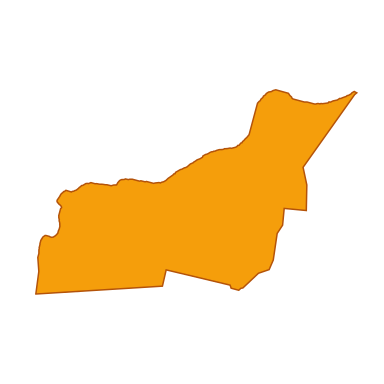 San Pablo, Heredia, Costa Rica, rotated 195°
{"feature_id": "36466004B49814687345557", "entity_name": "San Pablo", "entity_type": "district", "adm_level": 2, "iso_a3": "CRI", "parent_name": "Costa Rica", "parent_adm1": "Heredia", "projection": "orthographic", "projection_center": [-84.088, 9.992], "detail": "fine", "context": "isolated", "style": "filled", "palette": "amber", "viewbox_px": 384, "rotation_deg": 195, "n_neighbors": 0, "source": "geoboundaries", "source_scale": "gbopen_adm2", "svg_char_len": 2887}
<svg xmlns="http://www.w3.org/2000/svg" viewBox="0 0 384 384"><g transform="rotate(195 192 192)"><path d="M316.9,52.9L196.2,93.4L196.8,110.1L131.1,111.9L129.3,109.2L121.4,109.2L119.9,111.6L118.0,112.5L106.8,130.7L97.4,137.0L95.9,147.3L99.0,174.0L95.9,183.4L98.7,200.0L76.8,203.7L82.9,228.5L91.1,244.6L60.1,328.2L58.5,330.4L61.3,331.1L62.2,330.2L63.2,329.2L63.8,327.9L65.9,325.8L67.1,325.3L67.7,324.3L71.2,321.9L72.3,320.9L73.6,320.6L75.4,318.5L79.3,316.5L81.6,314.6L83.0,314.5L83.7,313.2L89.0,311.0L90.3,310.9L91.2,310.2L92.7,310.2L94.0,309.8L95.2,309.0L96.6,308.7L104.0,308.7L106.7,308.0L118.5,308.0L119.7,308.5L120.4,309.5L122.5,310.6L124.4,312.3L137.5,312.4L139.9,311.0L141.4,309.5L143.9,308.4L145.8,306.3L146.1,305.0L147.8,303.1L148.0,301.7L149.5,299.4L149.7,297.9L150.6,296.9L151.7,294.7L151.7,262.1L153.4,258.4L154.1,257.6L155.3,255.0L156.2,253.9L156.5,252.5L157.6,251.8L158.6,249.3L159.9,248.8L160.4,247.5L161.5,246.5L165.2,244.4L166.6,244.3L169.3,243.0L171.9,242.2L172.6,241.4L173.9,240.8L176.6,240.0L179.1,238.5L180.2,237.5L181.6,237.0L182.3,236.3L183.7,235.8L184.8,234.9L186.3,233.3L187.4,232.4L188.6,231.8L190.8,229.6L190.9,228.2L193.1,226.0L195.4,224.4L196.8,222.6L197.8,221.7L198.6,220.4L200.8,218.7L203.3,215.0L204.4,214.0L205.7,213.3L207.8,211.3L209.0,210.7L213.0,206.7L213.1,205.3L214.3,204.7L214.8,203.5L218.6,199.0L220.1,196.5L222.0,194.6L224.1,193.4L224.8,192.6L226.3,192.6L230.1,191.1L231.3,190.4L238.7,190.4L239.9,189.7L244.3,189.6L245.5,188.9L252.9,188.9L255.5,188.2L256.7,187.5L259.7,187.4L260.8,186.5L263.4,185.7L264.9,184.3L266.1,181.8L266.7,179.3L269.4,178.5L271.7,177.1L276.1,177.0L277.5,176.6L280.5,176.3L283.3,175.6L286.3,175.4L287.7,174.9L292.1,174.9L294.0,173.4L295.4,173.2L296.7,172.7L299.2,170.1L300.4,169.6L301.0,168.4L302.0,167.3L302.6,166.1L304.3,163.8L305.5,163.1L306.5,162.1L307.8,161.6L308.5,160.8L314.1,161.0L314.5,160.8L315.2,159.5L315.8,159.4L316.1,159.1L316.8,157.8L317.7,156.7L317.9,156.2L318.3,155.1L318.3,154.5L318.6,154.0L318.6,153.4L319.1,152.3L319.2,151.7L319.5,151.2L319.8,150.0L320.1,149.5L320.1,148.3L319.6,147.5L318.9,146.8L318.3,146.7L317.6,146.0L317.1,145.7L316.0,145.3L315.5,144.9L314.5,144.3L314.3,143.8L314.0,143.5L314.0,142.9L314.6,141.9L314.6,141.4L314.6,134.7L314.4,134.3L314.2,133.2L313.5,131.7L313.1,131.3L313.1,130.6L312.9,130.1L312.8,129.6L312.2,128.8L311.3,126.7L311.3,126.1L311.0,125.6L310.9,125.1L310.7,124.5L310.7,121.5L311.0,120.3L311.0,117.3L311.6,116.3L311.8,115.8L312.4,114.8L313.1,113.8L313.5,113.6L313.8,113.1L314.2,112.6L315.8,111.9L317.6,111.9L318.1,112.2L321.7,112.2L322.3,112.1L322.8,111.9L323.0,111.4L323.4,111.1L324.1,110.3L324.6,109.4L324.6,108.7L324.9,108.4L324.9,107.8L325.2,107.5L325.2,106.9L325.5,106.4L325.5,102.8L325.3,102.3L325.2,98.6L325.0,98.3L324.9,97.7L324.9,96.5L324.0,93.1L324.0,88.9L319.4,75.6L316.5,53.5L316.8,52.9L316.9,52.9Z" fill="#f59e0b" stroke="#b45309" stroke-width="1.5"/></g></svg>